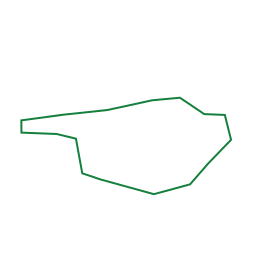 the border of Lapu-Lapu, rotated 221°
{"feature_id": "PHL-5524", "entity_name": "Lapu-Lapu", "entity_type": "Highly Urbanized City", "adm_level": 1, "iso_a3": "PHL", "parent_name": "Philippines", "parent_adm1": "", "projection": "robinson", "projection_center": [123.984, 10.288], "detail": "fine", "context": "isolated", "style": "outline", "palette": "green", "viewbox_px": 256, "rotation_deg": 221, "n_neighbors": 0, "source": "natural_earth", "source_scale": "10m", "svg_char_len": 355}
<svg xmlns="http://www.w3.org/2000/svg" viewBox="0 0 256 256"><g transform="rotate(221 128 128)"><path d="M132.8,63.8L160.3,85.8L178.0,76.6L205.4,54.6L213.5,63.8L186.1,95.0L155.4,128.0L128.0,164.7L108.7,184.9L79.6,188.5L63.5,201.4L42.5,186.7L44.2,153.7L44.2,126.2L65.1,95.0L115.1,71.1L132.8,63.8Z" fill="none" stroke="#15803d" stroke-width="2"/></g></svg>